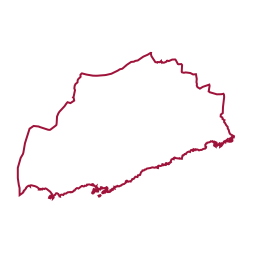 outline of Nkasi, Rukwa, United Republic of Tanzania, rotated 275°
{"feature_id": "72390352B34861075189695", "entity_name": "Nkasi", "entity_type": "district", "adm_level": 2, "iso_a3": "TZA", "parent_name": "United Republic of Tanzania", "parent_adm1": "Rukwa", "projection": "mercator", "projection_center": [30.833, -7.587], "detail": "fine", "context": "isolated", "style": "outline", "palette": "rose", "viewbox_px": 256, "rotation_deg": 275, "n_neighbors": 0, "source": "geoboundaries", "source_scale": "gbopen_adm2", "svg_char_len": 5755}
<svg xmlns="http://www.w3.org/2000/svg" viewBox="0 0 256 256"><g transform="rotate(275 128 128)"><path d="M118.7,30.0L103.9,26.7L94.3,25.9L92.9,25.6L88.9,23.7L78.7,21.7L68.5,22.6L61.7,24.2L58.8,25.2L51.7,25.9L54.2,28.8L55.1,29.4L55.7,29.3L56.4,30.0L56.7,29.9L57.5,30.7L59.0,31.7L59.6,31.7L60.9,32.8L61.8,34.0L61.7,35.0L61.4,35.4L61.9,35.3L62.3,35.6L62.5,36.7L62.0,40.1L61.4,42.2L59.9,44.6L58.9,44.5L59.0,46.0L59.7,46.3L59.8,46.7L59.2,47.7L60.2,48.4L59.9,50.0L60.6,50.9L60.3,52.1L57.7,56.1L55.4,58.1L54.1,57.8L53.8,56.5L52.5,55.6L51.5,55.4L51.2,56.9L51.4,57.0L51.6,56.7L52.3,57.4L52.4,58.3L52.1,58.6L52.5,59.4L51.3,59.4L51.8,59.8L52.5,60.0L52.7,59.6L53.7,59.7L54.6,60.2L54.9,61.1L56.7,62.1L56.8,63.0L56.2,64.3L55.3,64.7L54.8,65.7L53.9,65.7L53.8,66.2L54.1,66.1L55.2,66.5L55.6,67.0L55.9,68.0L55.6,69.4L57.1,70.3L57.3,72.0L58.6,73.4L59.1,75.7L58.9,76.3L59.3,76.8L59.1,77.6L59.7,78.6L61.0,79.6L61.0,80.2L62.7,81.2L63.6,82.2L63.7,82.9L63.4,84.0L66.2,87.0L66.3,87.7L65.9,88.4L66.0,89.3L66.8,90.0L66.7,91.2L67.3,92.0L68.0,92.1L68.4,94.5L67.9,97.0L68.2,96.8L68.7,97.0L69.0,97.5L69.0,98.0L68.9,98.1L68.8,97.6L68.3,97.9L67.7,99.6L66.5,100.8L67.1,101.4L66.6,101.3L66.6,101.8L65.8,102.5L66.4,102.3L64.5,103.7L64.8,104.6L64.2,105.6L64.7,106.0L66.6,106.1L66.7,106.9L66.2,107.3L65.8,106.9L65.5,107.4L66.2,107.9L65.8,108.9L66.4,110.8L67.2,111.9L66.5,112.7L66.0,112.9L64.4,112.2L64.1,113.1L62.4,113.4L62.5,114.3L62.9,114.3L62.8,115.2L63.2,115.2L63.9,116.1L64.4,115.9L64.5,116.2L63.8,116.5L64.4,117.2L65.0,117.0L65.2,118.2L65.9,117.9L65.9,118.3L66.6,119.0L66.5,119.6L67.0,119.3L67.1,119.6L68.2,119.5L67.9,120.7L68.7,121.2L68.7,121.9L69.4,122.4L69.0,123.3L69.3,123.9L69.2,124.6L70.1,125.7L70.1,126.2L71.3,127.3L71.8,128.9L73.9,131.1L74.7,130.5L75.3,131.0L75.4,131.6L74.5,132.9L75.0,133.9L74.9,135.3L75.4,135.4L76.1,136.2L77.5,136.7L77.8,138.1L80.1,139.6L80.0,141.7L81.7,142.0L81.9,143.1L82.4,143.5L82.4,144.2L85.0,144.8L86.5,146.1L87.0,146.2L87.1,147.5L88.0,148.2L88.1,149.2L89.2,150.3L90.1,153.7L90.9,155.6L90.8,158.3L91.5,159.4L91.5,160.2L90.8,160.6L90.7,161.4L91.3,161.5L92.3,161.0L93.0,161.5L93.2,162.1L92.9,163.4L93.3,164.6L93.7,165.3L94.9,165.3L95.0,165.6L94.7,166.4L94.1,166.7L94.3,167.2L94.7,167.4L94.4,168.9L95.1,169.4L95.8,168.8L96.2,168.8L96.4,169.1L96.3,169.6L95.7,170.1L95.4,171.3L95.5,171.6L96.2,171.1L97.3,172.7L97.1,173.1L97.8,173.8L98.4,173.5L100.4,174.0L101.0,175.0L100.9,176.2L101.8,176.0L102.6,176.8L102.5,177.6L102.2,177.8L102.0,181.1L102.4,181.7L101.9,182.4L102.2,183.0L102.0,184.3L105.3,184.7L105.7,185.2L105.6,185.7L107.0,186.7L107.0,187.9L107.9,188.2L109.1,189.3L109.8,190.7L109.5,191.9L111.3,192.5L111.8,193.8L111.5,194.5L111.1,194.4L110.8,194.7L110.9,195.1L112.5,195.2L112.1,196.2L112.5,196.4L112.7,196.9L112.1,197.5L112.6,197.8L112.6,199.3L111.9,200.7L112.5,202.1L112.6,203.3L113.7,204.8L114.2,206.7L115.0,207.3L115.4,207.1L115.4,207.4L116.0,207.5L116.3,207.0L117.8,206.4L119.5,207.3L119.6,207.9L120.3,208.2L120.8,210.1L121.5,211.4L122.0,211.7L121.8,212.8L122.2,213.4L121.3,214.2L121.3,214.6L121.8,214.7L122.0,215.2L121.2,216.8L121.4,216.9L121.2,217.4L120.8,217.3L120.3,216.6L120.4,215.7L120.2,215.4L118.0,215.3L117.2,216.8L118.9,216.3L119.1,217.1L118.7,216.7L118.4,216.8L118.0,218.3L118.4,218.7L119.0,218.6L119.5,218.9L119.0,220.1L119.2,220.7L119.8,220.9L120.1,220.1L120.8,220.6L120.4,221.3L121.0,222.7L120.2,223.5L122.0,225.0L122.5,224.9L122.5,224.6L122.8,224.7L123.2,225.3L122.7,225.4L122.9,225.9L122.5,226.3L123.5,226.4L124.8,227.6L124.2,227.6L123.4,228.1L123.7,228.6L123.3,229.1L123.1,230.3L123.5,232.3L124.2,233.1L124.7,233.1L124.6,232.1L126.2,232.7L126.1,231.9L126.7,231.9L126.4,231.3L125.7,230.6L124.8,231.1L124.4,230.8L125.2,229.9L125.9,229.6L127.3,231.9L128.0,232.1L128.6,233.0L128.4,233.3L127.6,232.7L128.1,233.8L128.0,234.2L128.7,234.3L128.9,234.3L128.9,233.6L129.3,233.7L129.5,233.3L130.7,230.5L132.0,229.5L135.0,228.4L136.2,227.4L137.8,227.2L139.3,225.6L141.6,224.1L142.0,223.4L142.8,223.2L144.1,223.4L144.1,222.9L145.1,222.0L145.2,221.4L146.7,221.1L147.5,219.3L149.5,219.3L151.1,221.1L157.1,220.8L167.2,221.1L169.5,220.7L170.4,220.1L169.8,218.1L169.3,213.6L170.8,206.1L171.7,205.5L171.7,205.2L177.1,205.6L178.3,205.2L175.5,198.9L173.5,196.2L174.7,193.7L176.2,192.8L177.9,192.8L179.6,192.2L182.9,192.2L187.5,191.0L187.0,188.2L188.2,185.3L188.4,180.7L187.9,178.8L188.2,176.9L188.8,176.6L195.4,176.4L196.3,175.6L195.9,172.6L196.1,172.1L199.8,169.7L200.4,169.0L200.0,166.0L198.2,162.8L198.5,161.6L198.3,160.8L197.5,160.6L196.3,158.4L196.1,157.2L196.5,156.5L196.2,156.2L196.7,156.0L196.7,155.3L197.6,155.1L196.3,153.9L196.3,151.8L195.7,151.4L196.0,150.7L196.0,149.5L201.6,145.1L203.9,144.3L204.8,144.4L204.8,144.0L202.7,141.2L200.4,137.0L196.1,131.8L195.5,129.4L194.6,128.1L194.1,125.4L190.9,121.4L186.6,117.2L185.7,114.6L184.4,113.0L180.6,106.7L178.8,101.1L177.3,92.2L177.1,88.4L177.6,82.1L178.4,77.3L178.2,77.0L176.9,76.0L174.8,76.3L172.4,74.2L171.2,73.7L169.0,73.7L167.3,71.9L165.4,71.2L162.8,71.1L161.1,71.9L154.4,71.1L153.7,70.6L153.2,71.3L150.6,72.0L147.8,68.5L148.4,65.5L147.2,64.6L144.2,62.9L138.3,58.3L136.4,57.3L133.2,56.3L126.8,56.5L124.8,56.4L124.2,55.9L119.5,50.7L119.3,50.1L119.3,48.6L121.4,39.6L121.7,39.0L121.8,33.8L118.7,30.0ZM60.6,98.0L59.9,98.1L59.7,98.7L60.2,99.0L60.7,98.8L60.7,99.9L61.3,100.2L62.2,99.9L62.7,100.5L62.8,101.1L62.1,102.1L62.0,102.7L62.1,103.7L62.7,103.8L63.0,103.6L62.8,102.8L63.1,102.5L64.2,102.0L64.2,100.3L63.7,99.6L64.0,99.1L63.3,98.9L62.1,99.3L61.8,98.6L60.8,98.6L60.6,98.0ZM61.3,108.0L60.9,108.2L61.2,108.7L61.0,109.5L62.0,110.2L61.7,110.9L62.6,111.6L64.4,111.2L62.3,108.4L61.8,108.4L61.3,108.0ZM58.7,106.2L58.0,104.6L57.2,105.1L57.4,105.8L58.3,106.5L58.7,106.2ZM118.9,223.0L118.5,221.7L117.9,221.4L117.3,221.4L118.2,222.6L118.9,223.0Z" fill="none" stroke="#9f1239" stroke-width="2"/></g></svg>